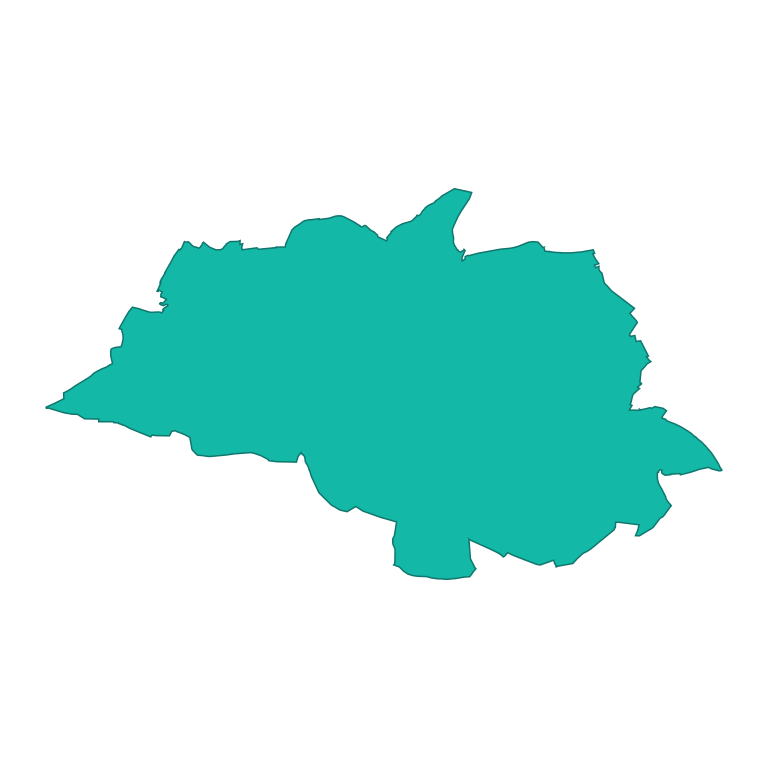 outline of Valkenburg aan de Geul, Limburg, Netherlands
{"feature_id": "6326949B26894869293479", "entity_name": "Valkenburg aan de Geul", "entity_type": "district", "adm_level": 2, "iso_a3": "NLD", "parent_name": "Netherlands", "parent_adm1": "Limburg", "projection": "natural_earth1", "projection_center": [5.825, 50.861], "detail": "fine", "context": "isolated", "style": "filled", "palette": "teal", "viewbox_px": 768, "rotation_deg": 0, "n_neighbors": 0, "source": "geoboundaries", "source_scale": "gbopen_adm2", "svg_char_len": 6100}
<svg xmlns="http://www.w3.org/2000/svg" viewBox="0 0 768 768"><path d="M84.6,418.8L98.8,419.1L98.7,421.7L113.5,421.7L113.7,422.6L118.6,423.0L118.6,423.5L122.5,424.7L122.5,425.0L124.0,425.2L130.1,428.5L150.7,436.9L152.2,435.0L155.9,435.6L169.5,435.8L171.7,431.3L173.0,431.0L173.8,431.1L175.2,430.6L177.3,431.9L177.8,431.9L181.9,433.4L182.2,433.7L185.3,434.9L189.8,437.4L191.2,444.7L191.7,448.4L192.0,449.3L192.7,450.4L196.6,454.5L197.2,455.0L198.3,455.3L201.8,455.5L207.8,456.4L210.2,456.5L226.1,455.0L234.7,453.8L250.6,452.6L253.5,453.1L260.8,455.6L267.2,458.9L268.3,459.8L268.9,460.7L276.8,461.7L296.4,462.1L297.6,457.8L298.2,456.3L301.1,452.6L301.3,453.2L301.9,454.0L302.7,454.7L302.8,454.6L303.7,455.3L304.4,456.4L304.9,458.0L305.2,460.8L305.5,462.0L308.0,466.3L308.5,467.6L309.0,469.4L308.9,469.7L308.5,469.7L309.5,470.0L311.3,476.2L319.0,492.8L331.3,505.0L340.1,510.1L347.1,511.7L355.8,506.5L363.0,511.1L381.0,517.5L396.6,521.9L394.5,535.0L394.3,535.9L392.9,538.5L392.7,540.0L392.8,543.1L393.0,544.4L394.4,547.4L395.1,549.7L394.9,561.8L394.6,563.7L393.7,564.9L399.3,566.9L403.5,571.1L408.2,574.2L413.4,575.7L418.3,576.3L426.6,576.6L431.4,577.9L437.5,578.8L440.0,578.8L446.2,579.3L449.0,579.2L452.6,578.7L454.5,578.7L464.1,577.1L469.7,576.7L469.9,576.5L473.5,571.6L475.9,568.7L474.7,567.3L470.4,558.7L469.0,540.1L469.0,539.3L469.2,539.6L489.6,548.8L499.1,553.4L499.0,553.5L502.1,555.7L503.1,556.9L503.9,556.7L505.3,555.4L507.7,552.6L512.1,554.9L518.7,557.5L536.4,564.3L540.1,565.0L553.7,560.2L554.2,561.6L554.5,563.3L555.0,564.1L555.6,564.6L556.1,566.9L557.1,566.6L557.3,566.3L572.8,563.5L577.6,558.3L583.1,553.3L587.2,551.3L590.6,549.1L614.2,529.7L614.8,527.6L615.3,527.6L615.7,522.2L619.8,522.4L639.1,524.8L637.7,530.4L635.5,535.7L639.5,535.8L646.3,531.6L651.2,528.8L653.4,527.1L660.1,518.2L662.5,517.0L664.4,515.0L670.2,506.9L671.1,505.9L670.7,505.5L671.0,505.3L668.3,502.2L666.8,500.1L665.5,497.3L665.7,496.5L665.1,495.8L664.3,494.0L664.0,493.4L663.8,493.5L662.5,490.4L659.4,485.1L658.6,483.3L657.6,480.0L657.3,477.0L657.4,472.5L658.5,472.3L658.8,471.1L659.7,470.0L660.4,469.8L661.7,469.8L661.7,472.3L662.2,473.6L663.0,473.9L664.7,475.1L665.6,475.2L670.6,474.7L670.5,474.2L679.9,473.6L680.4,474.8L690.3,472.3L697.8,469.9L699.0,469.1L699.4,469.3L707.9,467.5L708.9,467.6L711.2,468.7L712.8,469.2L718.9,470.8L721.0,470.7L721.9,470.2L721.8,469.7L720.3,467.9L718.3,463.6L717.0,461.5L713.0,455.1L710.6,451.9L705.0,445.5L700.8,441.3L698.4,439.6L696.1,437.3L695.2,436.6L694.7,436.8L694.4,436.6L694.4,436.3L691.2,433.4L687.9,431.1L681.0,426.9L674.6,423.8L668.6,421.6L666.5,420.5L665.7,419.3L661.8,418.0L662.5,416.3L666.5,410.7L663.0,408.3L655.0,406.6L651.7,408.3L649.8,407.7L646.6,408.6L642.4,409.5L640.5,409.8L639.6,409.3L639.9,410.2L639.4,410.3L633.1,410.1L629.5,410.2L629.8,409.2L632.0,405.4L630.2,404.6L631.1,402.0L632.2,397.1L632.7,395.4L633.3,394.1L639.6,388.5L637.4,387.2L641.0,384.4L640.5,384.0L641.4,383.2L639.9,382.4L641.0,370.8L645.6,365.8L647.1,363.8L650.9,361.6L649.3,360.4L646.3,356.7L648.4,356.1L640.6,340.8L636.1,341.4L634.8,335.5L630.4,336.5L630.4,335.8L629.5,335.3L629.6,334.4L630.2,333.3L637.4,322.4L635.6,319.9L633.8,317.8L633.5,317.7L629.9,313.4L634.5,308.3L611.5,290.8L606.5,285.2L604.7,283.5L604.2,282.6L602.0,273.3L599.8,271.1L599.0,269.6L598.8,268.5L599.0,266.4L595.7,267.6L594.4,265.2L598.8,263.7L595.0,258.3L592.7,253.6L594.6,253.4L593.3,249.8L581.7,251.9L570.7,252.9L564.8,252.9L555.3,252.4L549.7,251.7L549.5,251.4L549.0,251.6L544.8,251.1L544.0,247.5L544.2,247.2L542.7,247.4L538.1,242.1L532.6,241.6L528.2,242.3L518.1,246.4L513.7,247.6L509.9,248.3L500.4,249.2L478.4,253.2L469.1,255.6L467.7,255.4L465.2,256.7L465.0,259.1L463.2,260.3L462.1,260.8L462.0,258.4L462.2,257.2L465.1,250.5L464.0,249.4L463.7,250.1L461.6,251.4L460.7,252.2L459.7,251.8L458.6,251.1L457.9,250.0L457.5,250.2L454.6,245.5L453.9,243.9L453.4,242.3L453.4,240.9L453.6,237.8L452.5,232.8L452.4,230.1L452.5,228.9L454.3,224.6L457.7,217.2L461.2,211.1L469.0,199.3L470.3,196.5L471.7,192.5L454.4,188.7L442.0,195.9L439.4,198.3L435.9,200.7L435.8,201.0L435.0,201.5L434.7,202.3L434.2,202.7L428.4,205.4L425.2,207.9L424.7,208.9L423.9,209.5L423.7,209.9L422.5,211.0L420.6,214.3L418.5,215.7L417.1,215.2L416.2,216.5L415.9,217.3L414.8,217.9L412.2,220.6L410.5,221.5L402.6,223.7L396.4,226.9L391.1,231.6L391.6,232.0L386.7,237.9L387.5,238.5L386.7,240.9L377.9,236.9L377.5,235.2L376.3,234.0L374.1,232.0L370.3,229.9L366.2,226.0L364.9,225.4L361.8,227.0L359.6,225.8L359.7,225.6L353.6,221.8L344.1,216.9L341.2,215.9L337.5,215.9L335.2,216.2L329.8,218.0L327.4,218.5L319.2,219.5L319.2,218.7L310.7,219.8L309.4,219.7L304.7,220.7L303.3,221.3L299.9,223.9L294.8,227.1L292.0,229.9L285.8,243.7L285.2,247.1L276.1,247.1L276.2,247.6L258.4,249.3L257.0,247.8L242.2,249.8L241.8,247.1L242.7,243.7L239.9,244.4L240.1,240.6L238.0,241.4L230.1,241.6L226.4,243.9L226.5,244.2L224.1,246.7L222.9,248.6L220.6,249.7L216.1,249.9L209.7,247.3L203.5,242.2L202.8,242.8L202.3,243.6L202.3,244.8L201.2,245.6L200.6,246.9L198.5,248.3L197.2,247.4L193.9,246.7L192.4,245.7L189.6,242.8L188.3,241.8L185.1,242.1L184.4,241.6L181.4,248.7L181.0,248.6L180.0,249.8L178.9,249.4L174.0,256.1L170.1,263.7L169.9,263.7L164.9,272.6L165.2,272.7L161.8,278.7L161.6,278.6L160.1,281.9L160.9,282.2L160.0,283.7L160.5,283.8L157.1,291.3L158.0,291.5L159.1,290.3L162.3,292.2L161.0,293.9L160.7,296.8L163.5,297.8L166.5,299.4L162.7,303.4L161.0,302.6L160.1,303.1L159.7,303.5L159.7,303.9L161.0,304.8L163.1,305.6L165.7,304.5L167.3,304.4L167.7,304.6L167.9,305.0L167.5,306.1L165.3,307.2L163.1,309.1L162.8,309.6L162.9,310.0L163.7,310.4L161.7,312.9L160.9,312.4L158.7,312.0L151.0,312.3L149.5,312.1L142.0,309.8L139.3,308.8L132.4,307.2L128.8,311.6L124.7,318.5L119.1,328.6L119.2,328.8L119.9,329.0L121.5,329.2L123.0,335.4L123.1,338.2L122.9,340.3L121.7,345.2L120.9,346.8L116.1,347.3L114.4,347.7L111.3,348.9L110.7,351.2L110.7,355.6L112.5,363.7L109.9,364.8L106.6,367.0L101.8,368.9L96.5,371.6L93.5,373.5L91.1,375.9L88.4,377.8L75.0,386.0L72.0,388.2L67.4,391.1L63.6,392.9L63.9,398.7L55.7,402.8L46.1,407.2L46.4,408.3L48.6,408.1L64.1,412.8L72.3,414.2L77.4,414.3L84.6,418.8Z" fill="#14b8a6" stroke="#0f766e" stroke-width="1.5"/></svg>